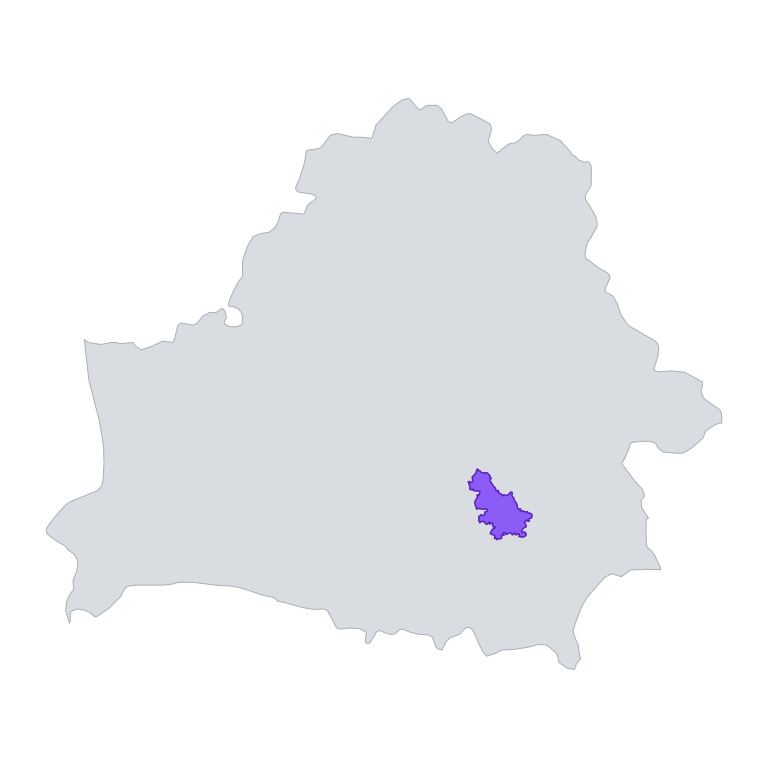 location of Svietlahorsk, Gomel, Belarus
{"feature_id": "67162791B63369954237676", "entity_name": "Svietlahorsk", "entity_type": "district", "adm_level": 2, "iso_a3": "BLR", "parent_name": "Belarus", "parent_adm1": "Gomel", "projection": "albers", "projection_center": [29.503, 52.681], "detail": "fine", "context": "in_parent", "style": "filled", "palette": "violet", "viewbox_px": 768, "rotation_deg": 0, "n_neighbors": 0, "source": "geoboundaries", "source_scale": "gbopen_adm2", "svg_char_len": 9518}
<svg xmlns="http://www.w3.org/2000/svg" viewBox="0 0 768 768"><path d="M660.6,569.7L646.9,569.3L630.6,570.0L621.5,576.7L611.5,573.8L604.5,577.5L588.6,595.5L582.4,605.1L576.6,619.8L573.0,630.7L575.2,638.3L578.3,645.3L579.1,652.8L580.7,658.8L576.7,663.2L574.4,669.4L567.5,668.4L558.9,662.5L557.0,653.9L550.4,647.9L546.1,644.9L539.0,644.4L527.8,647.3L513.0,649.5L501.9,650.1L495.8,653.2L486.8,656.2L483.3,652.6L478.3,642.8L474.3,633.0L471.5,628.7L469.1,627.5L466.1,627.7L462.6,630.8L460.0,634.0L450.7,637.6L446.5,641.0L441.9,650.0L438.9,649.3L435.9,647.2L432.4,637.1L427.6,634.7L419.8,634.5L410.2,632.2L402.4,629.0L399.5,629.7L394.8,633.9L389.7,634.4L378.7,630.3L376.5,632.0L369.9,643.0L366.9,643.4L365.2,642.0L366.4,632.4L360.1,628.8L349.2,628.0L341.6,629.1L337.9,628.7L336.0,626.7L327.3,610.2L322.4,609.0L313.6,609.5L300.7,607.1L285.9,602.9L277.8,601.2L273.6,597.4L264.5,595.7L240.2,587.7L230.2,586.0L215.4,585.1L192.9,582.3L178.5,582.3L171.6,584.2L163.8,585.1L136.9,585.1L127.2,586.3L124.2,589.5L120.5,596.7L108.5,608.7L97.1,616.4L95.1,617.0L89.2,612.0L84.0,610.0L77.9,609.1L73.5,610.2L70.5,612.1L70.1,622.0L69.4,622.8L65.6,610.7L66.9,600.1L70.0,594.2L73.7,589.0L73.0,580.7L77.0,570.1L77.8,562.2L76.7,558.7L74.5,554.6L67.9,549.7L65.1,546.0L56.1,540.7L47.3,534.2L46.1,530.6L46.7,528.3L48.7,524.9L56.6,514.9L65.2,505.3L70.4,501.6L97.3,490.6L101.6,486.3L103.2,478.6L104.0,462.9L103.6,448.5L102.4,438.5L99.0,419.6L88.9,380.2L84.3,339.9L89.2,342.6L101.1,344.5L110.9,342.5L115.8,342.5L120.2,343.7L132.9,342.5L135.7,346.3L141.1,349.8L152.4,346.1L162.6,341.1L172.7,342.4L174.3,339.8L177.7,325.8L180.9,323.0L192.9,325.1L197.5,322.9L202.6,316.2L210.0,312.3L215.9,312.7L222.3,308.2L225.2,311.6L226.4,317.5L224.1,322.0L224.8,323.9L229.0,326.5L236.4,326.8L241.2,325.1L242.4,322.5L242.6,317.7L241.7,313.1L238.8,309.1L233.1,306.7L229.0,306.5L228.5,303.9L230.1,298.7L234.3,289.2L239.1,280.6L242.0,277.5L242.6,274.4L242.4,269.1L242.8,259.5L247.4,246.3L253.2,236.5L260.4,233.6L269.1,232.2L274.9,227.7L277.9,222.3L280.6,213.8L283.4,212.2L304.0,214.1L307.5,205.6L309.4,203.3L313.5,200.9L316.3,197.9L315.4,195.5L310.2,193.8L297.9,191.9L295.5,189.0L296.4,185.6L300.1,176.8L303.7,165.5L305.7,156.6L306.1,151.4L307.9,150.1L318.0,148.8L321.4,147.1L330.4,135.3L337.0,133.5L353.8,137.2L361.6,137.2L371.4,138.3L372.3,137.1L376.0,125.2L393.1,106.4L402.1,99.9L407.8,98.6L409.7,99.0L418.5,109.3L420.6,109.7L426.6,105.5L436.8,105.3L441.5,108.9L448.2,121.4L451.7,122.9L461.8,116.1L467.3,113.8L471.0,113.9L489.8,123.6L491.2,126.7L491.3,130.3L488.3,141.6L492.3,148.6L496.8,153.3L506.6,145.5L510.2,143.3L514.1,143.2L519.3,140.3L523.1,136.0L526.7,134.4L533.7,135.4L546.2,134.3L561.0,140.9L562.3,143.0L569.7,150.9L572.3,154.9L574.8,156.1L578.8,159.9L584.1,162.3L587.7,161.5L589.5,162.7L591.1,165.8L591.4,171.0L591.1,185.9L586.0,193.9L585.3,196.6L585.6,199.9L590.0,206.3L595.6,216.2L597.0,222.0L597.1,226.4L589.9,239.3L587.5,242.4L585.9,248.7L585.1,255.2L585.6,257.8L598.4,267.8L607.8,273.1L609.9,275.8L610.1,277.4L605.4,288.5L605.0,291.5L612.6,295.9L616.9,302.9L620.8,314.5L628.3,325.5L655.3,341.1L657.8,344.0L658.7,347.5L658.1,355.2L653.7,369.9L658.3,371.9L670.1,370.9L684.6,372.2L702.3,381.9L702.5,386.5L700.9,390.8L702.3,395.2L704.3,398.9L719.8,409.8L721.4,413.1L721.9,418.7L721.7,422.8L717.5,423.8L713.0,426.0L705.6,431.2L702.9,438.3L691.0,448.4L683.5,453.0L677.4,453.4L662.9,452.0L657.7,447.4L655.5,443.1L649.9,441.3L642.5,441.3L632.3,442.4L630.3,443.7L628.8,449.1L624.7,458.4L621.7,463.6L635.1,481.4L641.9,488.7L644.1,493.2L644.1,496.4L641.1,500.3L641.8,508.0L648.4,518.0L646.3,519.6L646.0,532.1L646.5,545.4L648.3,548.5L651.8,551.1L654.9,555.8L660.1,566.8L660.6,569.7Z" fill="#d9dde1" stroke="#a8b0b8" stroke-width="1"/><path d="M489.9,475.4L489.0,475.0L488.4,474.1L488.0,473.5L487.2,472.9L486.3,472.8L485.1,472.8L483.8,472.8L483.0,472.9L481.6,472.7L481.0,472.1L480.4,471.2L479.6,471.0L478.7,470.6L478.4,469.8L478.1,469.3L477.4,469.1L477.0,469.2L476.8,469.8L476.8,470.4L476.7,471.1L476.2,471.7L476.1,472.5L475.8,473.1L475.2,473.9L474.4,474.8L473.8,475.4L473.0,476.1L472.4,476.7L472.1,477.3L472.2,477.9L472.5,478.6L472.6,479.3L472.6,479.8L472.5,480.6L472.6,481.1L472.4,481.5L472.0,482.0L471.5,482.5L470.9,482.8L470.4,482.3L470.0,481.7L469.5,481.5L468.7,481.8L468.3,481.9L468.7,483.1L469.3,484.8L469.5,485.9L469.8,486.5L470.0,487.4L469.8,488.1L469.9,489.4L470.3,489.6L470.9,489.7L471.4,489.7L471.7,489.7L472.1,489.4L472.6,489.1L472.9,489.1L472.9,489.8L473.2,490.4L473.7,490.5L474.2,490.5L474.7,490.6L475.1,491.0L475.5,491.1L476.3,490.9L477.0,491.0L477.9,491.0L478.5,491.0L479.1,491.2L479.5,491.4L479.9,492.0L480.0,492.5L479.6,493.2L479.4,493.8L479.2,494.6L478.7,495.3L478.2,495.3L477.8,494.9L477.3,495.0L477.0,495.4L477.1,496.0L477.5,496.7L477.2,497.8L476.7,498.5L476.0,499.6L475.4,500.4L475.1,501.4L474.8,502.6L474.9,503.6L475.0,504.3L475.3,505.2L475.5,505.8L475.8,506.3L476.0,506.7L476.4,507.1L476.4,507.5L476.3,507.9L476.3,508.4L476.3,508.7L476.8,509.0L477.4,509.0L477.8,508.8L478.2,508.6L479.0,508.3L479.3,508.6L479.8,508.7L480.1,508.8L480.4,508.8L480.9,508.9L481.3,509.0L481.9,509.0L482.4,509.2L482.8,509.3L483.3,509.3L483.6,509.2L484.3,508.9L484.7,509.0L485.1,509.1L485.5,509.0L486.2,508.8L486.7,509.0L487.0,509.3L487.4,509.7L487.5,510.1L487.5,510.8L486.8,511.2L486.0,511.4L485.3,511.7L484.9,512.1L484.7,512.7L484.6,513.2L484.8,513.6L484.9,514.0L484.3,514.8L484.0,515.1L483.6,515.4L482.8,515.5L482.2,515.5L481.9,515.2L481.5,514.9L480.9,514.7L480.5,515.1L480.3,515.4L480.0,515.8L479.5,516.1L479.0,516.5L478.7,517.1L478.8,517.5L479.2,518.0L479.1,518.5L478.7,519.2L478.7,520.0L478.7,520.6L478.9,521.2L479.3,521.6L479.7,522.1L479.8,522.6L480.7,522.2L481.2,521.8L482.0,521.5L482.6,521.3L483.5,521.4L484.0,521.7L484.5,522.4L485.1,523.0L485.6,523.7L486.2,524.1L486.7,524.2L487.3,524.1L487.6,523.7L488.0,523.4L488.3,522.8L488.6,522.2L489.1,522.2L489.2,522.7L489.2,523.4L489.4,523.9L489.9,524.2L490.5,523.8L490.8,523.2L491.3,522.7L491.6,522.7L492.2,523.2L492.9,523.7L492.9,524.1L492.7,524.5L492.7,525.0L492.7,525.7L492.7,526.1L492.9,526.6L493.5,526.8L494.1,526.8L494.7,526.9L495.2,527.3L495.2,527.6L494.7,528.0L494.3,528.2L493.5,528.7L492.8,529.1L492.3,529.5L491.9,530.0L491.6,530.5L491.2,531.3L491.0,531.9L490.6,532.5L490.4,533.1L490.6,533.7L491.3,534.2L492.5,534.6L493.3,534.8L494.1,535.3L494.7,535.8L494.9,536.4L494.8,537.1L494.6,537.5L494.4,537.9L494.6,538.5L495.1,538.5L495.6,538.2L495.9,538.2L496.4,538.6L496.6,539.3L496.9,539.6L497.4,539.5L497.7,539.2L498.0,538.8L498.6,538.8L499.3,538.9L500.2,538.8L501.3,538.5L501.6,538.0L501.6,537.6L501.8,537.0L501.8,536.8L501.4,536.1L501.3,535.5L501.5,535.1L501.7,534.8L502.3,534.5L502.7,534.7L503.1,534.9L503.4,535.3L503.7,535.4L504.0,535.2L504.0,534.8L504.0,534.4L503.8,534.1L503.5,533.3L503.5,532.9L504.0,532.6L504.7,532.6L505.2,532.7L505.5,532.9L505.6,533.5L505.7,534.0L506.5,534.4L506.9,534.3L507.5,533.9L508.1,533.6L509.1,533.2L510.0,532.7L510.4,532.8L511.0,533.1L511.5,533.6L511.9,534.2L512.2,534.7L512.7,534.7L513.2,534.5L513.6,534.3L513.9,534.1L514.1,533.8L514.3,533.5L514.4,533.0L514.7,533.0L515.1,533.1L515.5,533.5L515.7,534.2L515.8,534.6L516.2,534.9L516.5,534.6L516.9,534.3L517.4,534.0L517.9,534.0L518.2,534.1L518.6,534.0L519.1,533.8L519.4,534.2L519.3,534.6L519.4,535.5L519.1,535.8L518.9,536.2L519.2,536.5L519.9,536.7L520.4,536.7L521.2,536.9L521.8,537.1L522.6,537.1L523.1,537.0L523.6,536.8L524.3,536.6L525.1,536.2L525.4,535.8L525.8,535.4L526.1,535.0L526.2,534.4L526.0,533.5L525.4,532.7L525.0,532.4L524.5,532.0L524.2,531.8L523.7,532.0L523.2,532.4L522.4,532.6L521.7,532.0L521.8,531.0L521.8,530.6L522.1,529.9L522.6,529.2L523.1,528.8L523.5,528.3L523.8,528.1L524.2,527.7L524.6,527.5L525.3,527.2L525.8,527.0L526.2,526.6L526.3,526.1L525.8,525.1L525.5,524.3L525.5,523.5L525.1,523.1L524.6,522.6L524.5,522.1L524.9,521.7L525.4,521.1L525.9,520.7L526.6,520.2L527.1,520.0L527.4,520.3L527.6,521.1L528.3,521.4L529.0,521.3L529.3,520.8L529.0,520.3L528.8,519.2L529.4,518.7L529.9,518.5L530.6,518.3L531.4,517.9L531.8,517.2L531.8,516.5L532.2,515.7L531.9,515.1L531.8,514.5L531.5,514.0L531.0,513.6L530.2,513.3L529.4,513.2L528.6,513.3L528.1,513.0L527.8,512.2L527.4,511.7L526.8,511.9L526.2,512.0L525.7,511.9L525.3,511.7L524.6,511.7L523.9,511.6L523.3,511.1L522.9,510.8L522.3,510.8L521.8,511.0L521.4,511.2L520.9,511.1L520.2,510.7L520.2,510.2L520.6,509.6L520.7,509.2L520.2,508.9L519.7,509.0L519.1,509.0L518.1,508.6L517.7,508.4L517.5,507.8L517.4,507.2L517.4,506.7L517.3,505.8L517.2,505.2L516.9,504.4L516.6,503.7L516.3,503.1L515.9,502.4L515.2,501.5L514.7,500.9L514.3,500.4L514.0,499.8L514.0,499.2L514.0,498.5L513.7,497.7L513.0,497.2L512.7,496.8L512.1,496.0L511.9,495.4L511.8,494.7L512.2,494.2L512.2,493.3L512.2,492.6L511.9,492.3L511.4,492.1L510.6,492.1L510.3,492.3L510.0,492.6L509.8,493.4L509.4,493.6L509.0,493.8L508.7,494.3L508.5,494.6L508.2,494.8L507.9,494.9L507.2,495.1L506.6,495.2L506.1,495.3L505.2,495.1L504.6,494.9L504.1,494.7L503.6,495.0L503.3,495.5L503.0,495.8L502.3,495.5L502.1,495.1L501.8,494.6L501.5,494.4L501.4,494.1L501.0,494.0L500.4,493.8L499.9,493.5L499.7,493.2L498.9,492.7L498.4,492.5L498.3,492.2L498.3,491.7L498.5,491.5L498.6,491.2L498.2,490.5L497.9,490.4L497.5,490.8L497.3,490.9L496.7,491.0L496.3,490.7L496.1,490.4L496.0,490.2L495.6,489.7L495.6,489.1L495.6,488.5L495.3,487.9L494.8,487.5L494.3,487.0L493.7,486.4L493.4,486.1L492.6,484.8L492.4,484.2L492.2,483.9L491.8,483.4L491.1,482.9L490.9,482.3L490.8,481.8L490.4,481.2L490.1,480.2L490.1,479.5L490.7,479.0L491.1,478.6L491.2,478.2L490.9,478.0L490.5,477.7L490.2,477.4L489.9,477.1L489.9,476.2L489.9,475.4Z" fill="#8b5cf6" stroke="#5b21b6" stroke-width="1.5"/></svg>